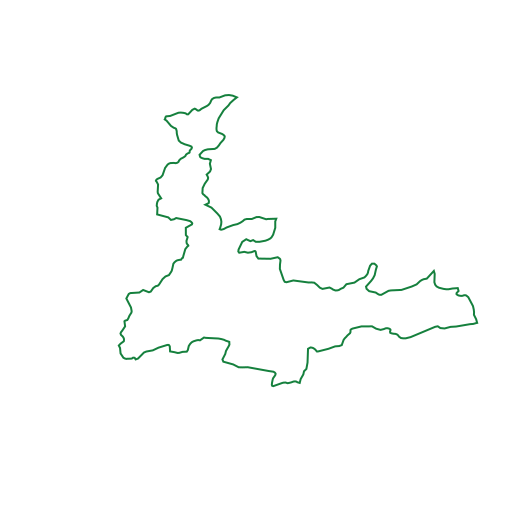 SVG path tracing the border of Boyacá, rotated 61°
{"feature_id": "COL-1315", "entity_name": "Boyacá", "entity_type": "Department", "adm_level": 1, "iso_a3": "COL", "parent_name": "Colombia", "parent_adm1": "", "projection": "robinson", "projection_center": [-73.321, 5.85], "detail": "fine", "context": "isolated", "style": "outline", "palette": "green", "viewbox_px": 512, "rotation_deg": 61, "n_neighbors": 0, "source": "natural_earth", "source_scale": "10m", "svg_char_len": 5893}
<svg xmlns="http://www.w3.org/2000/svg" viewBox="0 0 512 512"><g transform="rotate(61 256 256)"><path d="M418.0,94.1L421.7,95.0L421.5,95.6L420.7,99.0L419.4,101.8L414.7,115.2L412.3,120.2L410.8,126.2L408.4,129.7L405.6,131.1L404.8,133.6L401.9,160.1L400.6,164.9L399.5,167.0L398.0,169.0L395.9,170.0L394.2,170.2L392.8,170.8L391.7,171.8L390.6,173.5L389.3,175.0L388.3,175.8L387.2,175.5L386.6,174.9L386.0,174.3L385.5,174.1L384.8,174.3L383.8,175.0L382.7,176.3L382.1,177.7L381.9,179.6L381.0,182.9L377.8,186.2L373.8,188.6L368.7,197.9L366.3,206.7L366.2,208.2L366.5,209.2L368.4,210.3L369.1,211.2L369.8,214.5L370.5,216.4L371.0,218.2L371.8,220.0L375.5,224.2L375.1,226.9L373.4,230.6L372.3,237.6L369.6,247.9L369.1,249.0L366.3,249.6L364.4,250.5L363.2,251.6L362.4,252.7L362.4,255.5L374.2,262.6L379.2,266.7L380.1,269.9L382.5,272.0L385.3,276.6L388.2,279.3L386.4,281.1L385.5,281.5L384.6,282.6L384.0,284.0L383.6,286.5L383.1,288.4L382.6,290.0L381.0,291.5L380.2,293.1L379.8,294.4L378.2,304.0L377.3,304.8L376.3,304.6L374.6,303.4L371.9,301.1L371.1,300.1L370.0,297.8L369.3,296.6L368.4,295.9L367.2,296.0L365.7,296.8L362.8,300.6L349.3,317.1L346.7,322.1L344.9,325.1L339.8,328.5L332.6,335.8L330.2,335.5L326.8,330.4L324.5,328.3L321.5,323.4L320.6,322.2L318.1,321.0L315.3,323.6L313.9,324.5L312.1,326.3L310.0,328.8L303.2,339.7L302.1,341.0L302.6,345.9L301.7,347.0L301.3,347.8L300.9,349.1L300.3,352.1L300.3,354.1L300.9,356.1L302.1,358.4L305.2,361.2L306.1,362.9L304.2,366.8L303.5,370.1L302.8,371.6L300.7,373.8L297.8,377.4L293.2,375.2L291.5,375.4L290.8,376.6L288.9,385.7L288.5,392.0L286.4,398.2L286.1,400.8L288.5,408.9L288.1,411.4L286.2,411.5L285.6,412.3L285.3,413.0L285.5,413.8L285.4,414.5L285.1,415.3L283.6,418.1L283.2,419.2L282.2,420.3L280.7,421.3L275.6,421.7L270.5,419.5L267.8,419.4L267.0,416.9L266.5,413.0L265.4,412.1L264.2,411.6L263.0,411.5L261.8,411.6L259.6,412.3L258.1,412.1L257.2,411.0L256.6,409.5L254.1,404.6L249.3,402.7L249.1,401.8L249.6,399.6L248.7,398.0L246.9,395.7L245.1,392.4L244.0,391.5L240.4,390.3L230.3,390.0L227.5,385.7L227.5,383.9L231.4,375.7L231.0,371.2L235.8,367.2L236.1,365.3L234.2,361.4L233.8,358.4L234.4,356.3L234.0,354.7L230.9,348.9L230.0,345.1L230.5,341.4L228.6,337.7L228.0,336.8L226.0,334.9L222.7,332.0L222.0,330.4L221.6,328.4L221.6,327.0L222.2,325.0L222.9,323.3L222.1,321.9L222.1,320.8L221.9,320.6L220.8,319.6L215.7,314.5L214.5,311.6L214.2,310.2L213.5,310.1L212.5,310.4L211.0,310.4L209.1,309.5L206.3,306.6L203.7,307.2L197.3,303.7L197.3,296.7L196.5,295.9L195.9,295.9L194.7,296.2L193.6,296.7L190.9,299.4L184.1,307.4L184.1,309.9L183.2,312.9L179.7,314.0L171.7,322.3L165.9,318.7L164.0,318.5L162.1,317.2L160.8,316.0L159.5,313.9L159.6,311.0L153.6,311.4L152.2,310.9L150.0,309.5L146.0,307.0L143.3,306.9L141.7,307.1L141.0,306.1L140.8,304.9L141.0,302.4L141.1,301.4L140.1,298.6L134.9,292.8L133.2,289.0L133.0,287.6L133.2,285.9L134.7,282.8L135.9,281.2L136.3,279.5L136.1,278.2L135.1,276.8L134.5,274.6L134.6,272.2L134.5,270.4L134.3,269.3L133.4,268.0L133.2,266.6L133.2,265.3L133.4,264.5L133.3,264.0L133.0,263.7L132.5,263.4L132.0,263.1L131.6,262.6L131.4,262.0L131.2,261.2L130.9,260.4L130.1,259.5L129.0,259.4L127.3,260.7L123.6,264.3L121.8,265.6L120.6,266.6L117.6,267.6L111.8,266.3L110.1,265.7L108.3,264.8L106.1,264.3L105.3,264.6L103.9,265.8L101.0,267.3L94.3,268.6L92.3,269.6L91.8,268.8L90.8,268.0L90.3,266.9L91.9,263.2L93.1,254.4L94.0,252.4L95.5,250.2L97.1,248.4L98.6,247.7L99.2,246.6L97.3,240.8L97.4,238.2L98.1,237.6L100.1,236.7L100.8,236.2L101.2,234.9L101.1,233.9L100.9,233.0L100.8,232.0L101.0,226.2L100.8,224.2L99.9,221.9L98.2,219.7L97.5,218.3L97.4,216.2L97.9,214.3L99.6,211.1L100.5,205.1L102.1,201.6L104.5,198.6L108.0,195.8L108.5,199.0L108.7,200.2L109.7,204.4L111.0,207.1L112.8,213.5L117.5,221.9L120.2,224.9L121.8,226.4L123.5,227.5L124.6,228.3L125.6,228.9L126.7,229.4L127.9,229.7L129.6,229.2L132.8,226.5L134.5,225.6L136.1,225.3L137.4,226.3L138.6,228.2L140.0,232.4L141.3,234.9L142.3,237.7L142.3,240.2L139.3,246.5L138.6,249.3L138.5,251.4L140.1,256.3L142.1,256.8L143.0,256.6L144.5,255.5L146.2,253.8L147.8,250.8L150.3,249.0L152.9,251.6L158.1,253.2L159.8,255.2L160.9,259.7L163.1,259.7L164.5,260.0L165.7,261.1L167.9,265.7L170.7,269.7L175.0,272.4L176.4,272.3L177.9,271.6L178.9,271.4L181.3,270.4L183.4,270.2L184.7,270.4L186.0,271.0L186.8,271.8L186.6,275.4L192.1,271.5L200.1,269.2L204.0,268.4L206.8,268.8L209.3,269.7L211.5,271.2L213.8,273.5L214.9,274.8L216.1,273.8L216.5,272.4L216.8,270.9L216.8,267.9L217.9,260.9L219.1,256.8L219.3,253.5L219.1,250.7L218.6,248.4L219.2,246.0L221.6,241.8L222.2,236.7L223.5,234.2L228.8,229.3L229.3,227.8L233.2,220.2L235.1,222.4L240.7,225.5L245.7,230.7L247.2,233.4L247.6,235.0L247.6,237.5L247.2,240.3L245.3,246.0L243.5,249.3L240.7,250.8L240.4,253.1L240.3,253.7L237.6,255.7L236.6,256.4L237.0,261.2L241.9,268.1L243.5,269.3L245.0,269.1L246.7,264.2L249.2,261.5L250.5,258.1L250.9,254.9L251.4,254.3L252.1,254.2L256.3,255.6L259.4,255.2L265.5,244.6L267.6,237.6L269.9,236.5L270.5,236.4L271.9,236.8L275.0,239.1L278.9,241.4L290.3,243.4L292.5,243.4L293.7,242.1L295.5,235.2L304.7,222.8L306.0,220.3L307.6,218.0L311.0,216.6L314.7,215.5L317.0,213.8L319.2,207.0L321.4,205.5L322.7,204.9L324.7,203.2L325.5,201.5L325.9,200.1L325.8,197.6L326.1,194.9L324.5,190.6L327.0,182.8L326.4,176.9L327.3,171.6L326.8,169.7L325.9,167.5L324.8,166.1L323.5,165.1L319.8,160.9L318.9,158.3L320.1,156.2L322.5,155.3L323.7,155.3L326.0,157.7L330.3,161.5L332.3,164.5L333.6,167.4L336.1,174.6L338.3,175.2L341.6,174.1L346.0,169.0L348.4,167.8L349.7,166.9L350.7,165.2L350.7,157.0L351.5,154.7L356.2,145.2L358.2,134.6L358.7,129.3L357.5,124.6L357.4,122.4L357.6,120.6L358.6,117.6L355.3,107.7L358.3,108.4L365.4,112.7L368.0,113.2L370.2,112.8L372.4,111.4L375.7,107.9L377.2,105.9L378.4,103.8L379.7,99.9L381.9,95.1L384.8,95.8L385.6,98.4L386.4,99.1L387.5,98.8L388.7,98.0L389.8,96.7L390.6,95.5L391.0,94.4L391.1,93.4L391.6,92.2L392.4,91.3L394.9,90.3L405.0,90.5L408.4,91.5L410.8,92.5L413.1,93.9L418.0,94.1Z" fill="none" stroke="#15803d" stroke-width="2"/></g></svg>